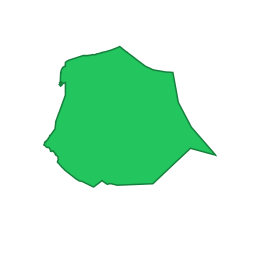 the district of Tepoztlán, Morelos, Mexico, rotated 123°
{"feature_id": "50627088B16515599651569", "entity_name": "Tepoztlán", "entity_type": "district", "adm_level": 2, "iso_a3": "MEX", "parent_name": "Mexico", "parent_adm1": "Morelos", "projection": "robinson", "projection_center": [-99.113, 18.993], "detail": "fine", "context": "isolated", "style": "filled", "palette": "green", "viewbox_px": 256, "rotation_deg": 123, "n_neighbors": 0, "source": "geoboundaries", "source_scale": "gbopen_adm2", "svg_char_len": 4449}
<svg xmlns="http://www.w3.org/2000/svg" viewBox="0 0 256 256"><g transform="rotate(123 128 128)"><path d="M64.2,179.2L64.3,179.2L64.7,179.6L65.0,179.8L65.3,180.0L65.6,180.2L66.1,180.5L66.3,180.6L66.6,180.8L67.0,181.1L67.4,181.4L67.8,181.7L68.3,182.0L68.7,182.3L68.8,182.4L69.5,182.9L69.8,183.1L70.1,183.3L70.6,183.7L71.1,184.1L71.4,184.3L71.8,184.5L72.5,185.1L72.8,185.4L73.7,186.2L74.6,186.9L75.7,187.9L76.5,188.6L77.2,189.3L77.4,189.5L77.6,189.7L77.8,190.0L78.0,190.2L78.3,190.4L78.5,190.6L78.7,190.8L78.8,190.8L79.0,191.0L79.2,191.3L79.4,191.1L79.5,191.2L79.9,191.6L80.0,191.7L80.1,191.8L80.4,192.1L80.6,192.3L80.8,192.5L81.0,192.7L81.2,192.8L81.3,193.0L81.7,193.3L82.0,193.6L82.5,194.1L82.7,194.3L83.1,194.8L83.5,195.1L83.8,195.0L84.0,195.1L84.2,195.3L84.7,195.8L85.2,196.3L85.2,196.7L85.2,196.8L85.3,197.1L85.6,197.4L85.8,197.7L86.1,197.9L86.2,198.0L86.3,198.1L86.7,198.5L86.9,198.7L87.1,199.0L87.3,199.1L87.5,199.3L88.0,199.9L88.2,200.2L88.4,200.5L88.6,200.7L88.7,200.8L88.8,200.9L89.1,201.0L89.1,201.3L89.3,201.5L89.5,201.7L89.6,201.8L89.7,202.0L89.9,202.3L90.0,202.4L90.1,202.5L90.3,202.8L90.4,203.0L90.5,203.1L90.4,203.2L90.7,203.6L91.0,203.9L91.0,204.0L91.3,204.4L91.4,204.7L91.5,205.0L92.0,205.3L93.1,206.2L94.2,207.1L103.7,214.8L103.8,214.8L104.0,214.9L104.6,215.2L104.8,215.3L105.4,215.6L105.5,215.7L105.8,215.8L106.0,215.9L106.3,216.0L106.9,216.2L107.0,216.2L107.3,216.0L107.4,215.9L107.8,215.8L108.1,215.6L108.3,215.5L109.0,215.2L109.3,214.9L109.5,214.6L109.7,214.3L109.8,214.2L110.0,214.1L110.4,214.2L110.4,214.3L110.5,214.3L110.8,214.4L110.7,214.6L111.3,215.0L111.7,215.2L112.1,215.4L112.6,215.3L112.7,215.6L112.9,215.7L113.2,215.7L113.5,215.7L114.3,215.6L115.2,215.5L115.4,215.5L115.5,215.5L116.0,215.4L116.8,214.9L117.6,214.6L117.9,214.4L118.4,214.2L118.4,214.5L125.6,210.3L125.5,209.7L125.5,209.1L125.5,208.7L125.6,208.4L125.7,208.5L125.8,209.5L126.7,209.9L127.2,210.0L127.3,209.1L127.8,209.2L127.8,208.3L127.7,208.0L127.3,207.8L127.3,207.7L127.7,208.0L129.1,209.0L129.1,208.9L129.2,208.3L129.4,207.7L129.5,207.7L129.6,207.3L129.0,207.1L128.7,207.0L128.3,206.9L128.2,206.8L127.8,206.9L127.3,206.9L127.2,206.9L125.7,206.6L125.3,206.2L124.7,205.9L124.2,205.6L123.9,205.3L134.5,198.4L150.7,194.6L154.1,193.9L155.0,193.7L156.6,193.3L160.5,192.4L162.5,191.9L162.7,191.7L162.8,191.5L163.0,191.5L164.7,190.6L166.0,190.0L166.7,189.6L167.6,189.2L168.5,188.7L170.5,188.8L171.2,188.8L171.9,188.9L172.2,188.9L173.0,188.9L173.7,188.9L174.4,189.0L175.0,189.0L175.4,189.0L175.8,189.0L176.0,189.0L176.3,189.0L176.7,189.4L176.8,189.5L177.2,189.5L177.6,189.1L179.6,189.2L179.8,189.2L180.0,189.2L180.4,189.0L180.5,189.0L180.8,189.1L180.9,188.9L181.0,188.9L181.3,189.0L181.5,189.2L181.9,189.2L182.2,189.2L182.4,189.2L182.8,189.3L183.0,189.3L183.4,189.5L183.5,189.6L183.8,189.6L183.9,189.4L184.1,189.3L184.3,189.5L184.5,189.8L184.8,190.0L185.0,190.1L185.3,190.1L185.6,190.0L185.8,189.9L186.1,189.7L186.4,189.6L186.7,189.5L187.1,189.4L187.3,189.3L187.5,189.3L187.8,189.3L188.0,189.3L188.0,189.0L188.0,188.6L187.9,188.3L187.9,188.0L188.0,187.7L188.1,187.4L188.2,187.0L188.2,186.9L188.2,187.0L188.3,187.0L188.4,185.9L188.4,185.4L188.4,185.2L187.9,184.4L187.9,184.5L187.5,184.0L187.5,183.5L187.5,183.4L187.6,183.2L187.9,182.6L188.1,182.2L188.3,181.9L188.6,181.5L188.8,180.8L189.6,180.3L188.9,179.5L189.1,179.0L188.3,178.5L188.1,178.2L188.1,177.5L188.3,177.4L188.6,176.8L188.6,176.7L188.9,176.0L189.0,174.6L189.7,174.6L190.1,173.5L189.9,172.6L190.1,171.5L190.9,170.4L191.6,170.1L192.4,169.2L193.3,169.3L193.7,168.9L195.0,168.7L195.3,167.8L195.7,165.9L196.5,163.3L197.0,161.1L197.7,158.1L197.8,157.2L198.3,152.0L199.0,143.9L198.9,139.9L197.9,137.9L196.2,124.7L186.9,121.3L186.2,121.2L186.4,120.3L186.5,117.1L186.5,114.6L185.5,113.9L184.1,112.3L181.9,106.0L161.2,76.8L127.6,68.7L127.1,68.5L111.0,64.6L103.2,40.2L103.1,39.8L102.9,40.2L92.8,75.4L79.2,99.7L57.0,120.6L58.8,124.0L60.2,126.3L60.7,127.3L62.2,130.8L64.4,135.8L64.6,136.3L65.0,137.3L65.2,137.7L65.3,138.1L65.5,138.7L65.5,138.8L65.6,139.0L65.7,139.6L66.0,142.0L66.2,143.3L66.3,143.9L66.3,144.0L66.5,145.3L66.5,145.5L66.7,146.2L66.7,146.3L66.7,146.5L66.7,147.8L66.6,148.8L66.4,152.1L66.3,153.2L66.2,155.1L66.2,155.3L66.2,155.7L66.1,156.1L66.1,156.5L65.9,159.0L65.6,162.5L65.5,163.3L65.4,165.3L65.2,168.5L64.9,170.2L65.1,170.3L65.0,171.5L64.9,172.1L64.8,173.8L64.6,175.3L64.5,176.1L64.4,177.3L64.3,177.6L64.3,177.8L64.2,178.9L64.2,179.2Z" fill="#22c55e" stroke="#15803d" stroke-width="1.5"/></g></svg>